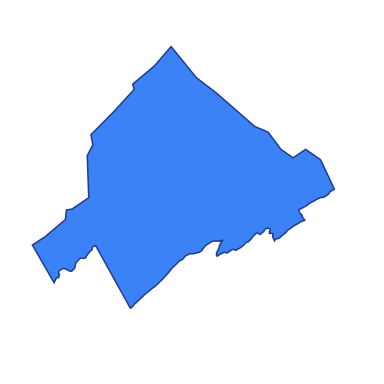 Hardy, West Virginia, United States of America, rotated 19°
{"feature_id": "52423323B33103452466662", "entity_name": "Hardy", "entity_type": "district", "adm_level": 2, "iso_a3": "USA", "parent_name": "United States of America", "parent_adm1": "West Virginia", "projection": "orthographic", "projection_center": [-78.78, 39.0], "detail": "fine", "context": "isolated", "style": "filled", "palette": "blue", "viewbox_px": 384, "rotation_deg": 19, "n_neighbors": 0, "source": "geoboundaries", "source_scale": "gbopen_adm2", "svg_char_len": 2062}
<svg xmlns="http://www.w3.org/2000/svg" viewBox="0 0 384 384"><g transform="rotate(19 192 192)"><path d="M91.2,322.7L91.4,319.9L91.9,317.5L92.7,316.7L93.6,316.5L93.8,315.8L93.6,313.6L93.3,312.9L92.4,312.1L91.9,310.8L92.2,309.3L94.8,306.6L95.8,305.8L101.5,306.5L103.2,306.5L104.1,305.9L105.9,302.3L105.7,300.1L105.3,299.5L105.5,296.5L107.4,291.7L108.6,290.6L110.6,290.3L112.4,289.3L113.0,288.5L113.1,288.1L113.0,287.2L113.6,285.1L114.8,281.5L116.2,279.6L116.3,279.1L115.7,276.6L116.6,275.6L118.4,274.1L171.6,322.0L173.1,319.8L174.0,317.1L180.7,304.4L186.2,295.4L187.5,293.8L189.6,289.8L192.2,284.7L194.8,278.8L196.6,274.4L197.8,270.8L202.9,260.7L204.9,259.1L205.5,257.7L206.4,254.9L207.3,253.8L210.2,251.0L212.9,250.2L218.8,246.5L219.6,245.0L220.7,243.6L220.7,242.6L222.4,238.0L227.4,231.8L232.8,229.8L233.7,229.8L234.4,229.5L236.1,228.0L236.7,227.0L235.6,232.2L235.4,233.7L235.6,234.3L235.6,234.6L235.7,235.6L235.1,241.4L235.6,243.5L236.1,244.3L236.7,244.4L237.1,244.1L238.6,242.0L242.2,238.4L245.1,238.2L247.7,234.6L249.0,233.1L251.9,232.6L252.4,232.9L256.5,228.2L258.3,225.2L258.6,223.9L260.2,221.6L261.5,220.7L263.2,217.2L264.3,213.4L266.8,209.3L270.3,210.0L272.8,205.7L272.8,204.5L273.5,203.0L274.1,202.3L275.7,201.4L277.9,201.4L278.2,202.1L278.1,204.3L278.7,206.0L280.6,205.1L281.9,204.9L283.1,208.4L286.0,211.2L286.1,210.2L287.2,208.5L288.4,208.2L289.6,207.2L291.5,203.5L294.0,199.8L294.4,198.1L295.0,197.0L299.3,190.9L303.0,186.8L304.0,185.2L305.9,183.5L307.0,182.8L307.8,181.8L304.8,180.0L303.8,178.3L302.3,177.3L301.5,177.5L301.2,177.3L298.6,174.2L303.7,168.9L305.0,167.3L306.1,165.4L308.9,162.1L309.7,161.5L310.4,160.7L312.1,158.5L315.7,155.2L317.9,154.3L319.5,152.7L322.0,149.1L322.4,147.8L322.2,146.8L324.0,145.1L325.7,143.0L303.0,119.6L285.5,114.7L276.5,126.8L262.3,122.8L244.5,110.6L229.9,109.6L183.4,90.7L158.9,82.5L124.9,61.3L115.6,84.6L100.8,109.4L103.9,113.9L91.9,141.4L77.8,170.7L82.9,179.7L81.1,191.6L96.2,231.0L84.2,247.1L79.1,249.9L81.3,259.2L67.6,282.2L58.3,294.1L91.2,322.7Z" fill="#3b82f6" stroke="#1e3a8a" stroke-width="1.5"/></g></svg>